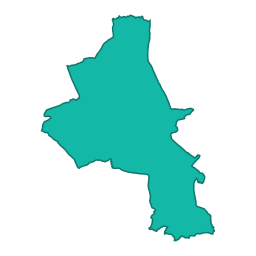 Lusambo, Kasaï-Oriental, Democratic Republic of the Congo (Albers equal-area conic projection)
{"feature_id": "63176286B30844666641598", "entity_name": "Lusambo", "entity_type": "district", "adm_level": 2, "iso_a3": "COD", "parent_name": "Democratic Republic of the Congo", "parent_adm1": "Kasaï-Oriental", "projection": "albers", "projection_center": [23.694, -5.009], "detail": "fine", "context": "isolated", "style": "filled", "palette": "teal", "viewbox_px": 256, "rotation_deg": 0, "n_neighbors": 0, "source": "geoboundaries", "source_scale": "gbopen_adm2", "svg_char_len": 5883}
<svg xmlns="http://www.w3.org/2000/svg" viewBox="0 0 256 256"><path d="M153.8,211.8L154.5,212.9L154.5,213.4L154.1,213.9L153.7,214.0L151.8,215.6L151.0,217.3L151.2,218.1L152.1,218.6L152.8,219.7L152.2,221.2L152.4,222.5L151.2,225.8L150.5,227.4L149.4,227.7L149.1,228.4L149.4,229.1L150.2,229.5L150.5,229.2L151.7,229.2L152.2,229.0L152.6,229.1L153.2,229.9L154.5,230.6L155.7,230.6L156.0,231.2L156.5,231.3L157.3,230.0L158.3,229.2L158.5,228.8L159.2,228.9L160.7,227.6L162.0,227.1L162.7,226.5L164.2,226.2L165.5,226.2L166.9,227.1L167.5,227.1L167.0,227.8L166.9,228.5L166.4,228.6L166.0,229.1L166.0,230.1L165.6,230.2L164.9,231.2L164.5,233.1L164.7,234.0L166.0,233.5L166.1,233.0L167.5,233.8L168.7,234.1L170.8,234.1L171.8,234.6L173.3,236.6L174.4,237.1L174.6,240.1L174.4,240.5L174.9,240.6L175.3,240.1L176.0,240.6L176.5,239.9L177.6,239.8L178.4,239.5L179.2,238.6L179.2,238.1L179.7,237.6L180.4,237.6L180.7,236.6L182.1,236.1L182.6,236.2L183.0,236.6L184.0,236.9L184.4,237.4L185.9,237.9L186.8,237.5L187.5,237.5L188.2,238.0L188.8,238.2L189.3,237.7L189.5,236.3L191.0,235.6L191.8,235.7L193.3,235.9L194.4,235.9L195.1,235.4L195.5,234.8L196.1,234.0L196.6,233.7L197.3,233.6L199.4,233.9L200.4,233.8L201.3,233.5L202.3,233.3L203.3,232.9L204.4,232.7L206.0,232.6L207.0,232.6L208.7,232.8L209.9,233.2L211.0,233.7L211.6,233.9L212.8,233.9L213.1,232.3L214.4,230.9L214.3,230.4L213.4,229.6L213.1,228.8L213.8,227.3L213.7,227.1L212.2,226.7L211.8,224.4L211.3,224.1L211.1,223.5L210.7,223.0L211.1,222.1L210.9,221.4L210.6,220.8L210.8,220.3L210.5,219.6L210.8,219.0L210.5,217.5L210.8,216.5L210.5,216.1L210.5,215.3L209.2,214.4L207.8,213.5L207.3,212.4L206.4,211.3L204.9,209.8L204.4,209.0L203.1,208.6L201.5,207.8L200.1,207.5L198.9,207.0L197.3,206.6L196.6,206.1L196.1,204.9L195.9,203.6L195.9,201.4L195.4,199.3L195.2,197.9L194.3,193.5L194.0,191.2L193.7,189.3L193.8,186.9L193.8,183.7L194.3,182.1L194.6,181.4L195.4,180.1L196.4,179.1L196.6,178.4L197.6,179.9L198.2,182.5L198.5,182.6L199.3,181.8L199.7,181.7L199.9,182.8L201.5,183.0L202.2,183.4L203.6,181.9L203.8,181.1L203.9,179.8L204.6,178.5L204.6,176.6L203.2,174.0L202.6,173.4L200.5,173.0L199.7,172.7L198.8,171.3L197.7,170.2L197.0,170.2L195.1,168.1L193.6,167.5L191.9,166.1L191.9,165.5L192.8,164.6L193.0,164.1L194.3,162.6L195.6,161.3L196.9,159.8L197.7,159.2L198.8,158.1L199.1,157.3L199.8,155.7L198.6,155.0L197.8,155.1L197.1,155.6L195.7,157.3L194.8,157.8L192.6,156.4L189.7,154.4L188.9,153.8L188.3,152.9L187.2,152.9L184.9,150.8L183.0,149.1L182.2,148.4L181.1,147.4L177.9,144.8L176.8,143.8L174.8,142.2L171.9,139.3L171.3,137.7L170.8,135.2L170.8,134.3L171.0,133.6L171.2,133.3L172.3,133.0L173.5,132.4L175.1,132.2L176.4,131.6L177.6,130.5L177.4,128.0L175.5,125.6L176.0,124.7L176.2,123.9L176.2,122.8L176.4,122.2L177.7,120.4L178.3,119.9L179.5,119.6L182.7,119.1L183.4,118.7L184.1,118.8L184.6,118.3L184.2,117.1L184.6,116.6L186.4,115.1L187.8,114.4L188.2,114.3L188.7,114.6L189.3,114.5L189.7,114.2L191.4,112.0L193.5,110.1L193.2,109.3L191.7,108.9L190.9,108.4L190.2,108.3L189.4,108.7L187.6,108.9L184.3,110.2L183.8,110.1L182.4,109.3L181.2,109.4L180.5,109.6L174.3,108.8L172.3,109.4L170.6,108.1L169.9,106.1L168.6,102.2L167.3,99.5L166.3,96.5L164.6,93.5L163.2,90.9L162.1,89.6L159.8,84.5L158.8,83.1L157.7,80.4L156.7,78.4L154.5,73.3L152.8,69.7L152.4,68.3L151.1,65.6L149.0,62.7L148.0,60.3L147.8,58.0L147.7,54.1L147.8,50.2L148.7,43.0L149.1,41.2L149.7,39.9L149.5,39.4L149.7,38.8L149.5,38.2L149.9,37.5L149.3,36.4L149.8,35.7L149.7,35.2L150.0,34.2L149.6,31.6L149.3,30.9L150.1,25.6L150.0,22.2L150.0,20.5L149.0,21.5L148.6,21.4L145.5,20.1L144.5,20.2L143.4,19.4L142.9,18.1L142.7,16.9L142.4,16.9L141.9,16.3L141.4,16.4L140.5,17.9L139.2,16.9L136.0,17.5L135.6,18.0L134.7,17.0L133.1,16.3L132.3,16.3L131.9,15.6L130.6,15.4L130.0,15.4L129.1,16.3L128.4,16.5L127.7,16.3L127.1,16.4L126.2,17.4L125.3,17.2L124.5,16.6L123.3,16.7L122.1,17.3L120.9,17.4L119.7,16.7L119.2,16.1L118.4,17.8L117.4,17.8L116.8,18.5L115.8,18.9L114.9,19.3L114.0,19.3L113.3,18.4L112.8,18.8L112.4,20.0L113.3,22.3L113.6,25.0L112.6,27.4L112.7,30.2L112.9,31.3L113.3,33.4L113.4,36.9L112.1,37.9L108.3,40.1L106.5,41.7L104.4,43.1L102.6,45.7L101.8,47.6L99.9,50.7L98.1,52.9L97.1,54.2L96.3,55.8L94.8,58.4L92.4,57.8L89.9,57.8L88.7,57.9L86.6,58.4L84.3,58.7L83.1,61.1L82.8,62.2L81.9,62.1L80.8,62.4L79.5,63.3L77.8,63.4L76.9,64.3L76.3,64.3L75.8,64.7L75.1,64.7L74.6,65.2L72.8,65.1L71.2,65.4L69.6,66.3L69.3,66.3L68.5,66.0L67.2,65.8L67.7,68.1L69.7,73.4L72.0,79.7L73.3,82.4L76.5,89.5L79.5,95.7L79.3,97.9L78.4,98.2L77.7,98.9L77.0,99.9L76.4,100.0L76.0,99.8L75.7,99.6L74.8,99.7L74.1,99.2L73.3,99.1L72.4,99.2L71.8,100.0L70.6,99.9L70.3,100.0L69.8,101.3L68.6,102.7L66.2,102.5L64.5,103.0L62.5,103.8L59.6,105.6L50.9,108.4L46.6,110.1L45.1,112.7L44.1,114.3L44.4,116.0L45.4,116.5L48.9,116.3L50.3,116.7L50.9,117.7L50.0,118.6L48.6,119.8L44.4,121.9L42.9,124.5L42.5,128.1L41.6,130.8L42.8,131.1L44.7,132.4L47.0,132.6L47.8,132.9L48.4,133.9L49.0,135.4L49.6,135.9L51.4,136.9L53.6,139.2L56.3,140.9L57.6,141.3L57.8,142.4L59.9,144.9L64.9,149.4L69.2,154.8L70.5,155.6L71.3,156.6L72.2,157.4L73.3,158.3L74.4,159.5L75.4,162.1L77.7,167.2L79.0,168.3L80.6,167.1L84.7,165.5L86.4,165.2L87.3,164.8L88.1,164.2L89.0,163.0L90.1,162.8L91.2,162.1L92.4,162.0L93.9,161.4L95.1,160.5L96.3,160.0L97.1,160.0L98.0,160.2L100.2,160.1L102.3,161.1L103.6,161.3L104.8,161.7L105.4,161.6L106.0,161.2L107.1,161.0L110.4,158.9L110.9,158.9L111.4,159.6L111.4,160.1L110.7,161.3L110.9,161.8L111.9,162.6L112.0,162.9L111.3,163.2L111.2,163.8L111.7,164.6L111.9,165.3L111.8,166.2L112.1,166.9L112.7,166.5L112.8,167.1L112.5,167.9L114.6,168.4L118.1,168.1L119.3,168.3L121.6,169.8L124.0,170.9L127.3,171.8L130.3,172.4L132.9,172.8L136.0,173.1L139.3,173.7L144.6,174.0L147.0,174.3L148.4,174.9L149.0,177.0L148.2,185.5L148.7,189.1L149.7,191.9L150.5,196.7L150.1,198.3L150.2,199.4L149.7,200.5L150.1,201.5L150.3,203.3L150.9,204.2L151.4,206.1L152.1,207.7L154.2,208.6L154.9,209.2L155.3,210.1L155.5,210.5L153.8,211.8Z" fill="#14b8a6" stroke="#0f766e" stroke-width="1.5"/></svg>